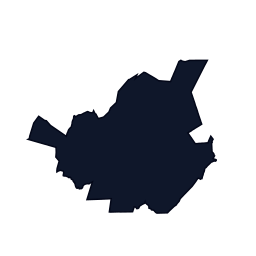 Santo Domingo Zanatepec, Oaxaca, Mexico (orthographic projection), rotated 195°
{"feature_id": "50627088B83008537786296", "entity_name": "Santo Domingo Zanatepec", "entity_type": "district", "adm_level": 2, "iso_a3": "MEX", "parent_name": "Mexico", "parent_adm1": "Oaxaca", "projection": "orthographic", "projection_center": [-94.338, 16.44], "detail": "fine", "context": "isolated", "style": "filled", "palette": "ink", "viewbox_px": 256, "rotation_deg": 195, "n_neighbors": 0, "source": "geoboundaries", "source_scale": "gbopen_adm2", "svg_char_len": 5376}
<svg xmlns="http://www.w3.org/2000/svg" viewBox="0 0 256 256"><g transform="rotate(195 128 128)"><path d="M220.3,108.4L220.6,100.4L220.8,94.8L220.6,92.1L221.6,91.2L192.5,90.7L192.4,90.2L191.8,88.5L191.0,85.8L190.2,81.5L190.2,81.3L190.1,81.2L189.9,81.1L185.9,78.3L186.0,70.6L185.6,68.1L185.3,67.2L183.9,68.7L183.7,68.8L183.1,69.1L182.7,69.5L182.1,69.7L181.6,69.6L181.4,69.6L180.4,69.7L179.5,69.6L179.3,69.4L179.0,69.0L178.6,68.5L178.4,67.0L178.4,66.0L178.3,65.7L178.2,65.2L177.5,65.1L176.1,65.4L175.1,65.5L174.0,65.3L173.0,65.1L172.4,64.8L172.0,64.8L171.9,65.0L171.6,65.4L171.4,65.5L171.1,65.5L170.7,65.3L170.3,64.9L169.9,64.7L169.8,64.4L169.5,63.9L168.9,63.8L167.7,63.5L167.5,63.3L167.4,62.9L167.1,62.4L166.7,62.2L166.3,61.7L165.9,61.6L165.4,61.6L165.3,60.9L164.8,60.5L163.6,58.3L163.2,57.7L162.4,56.9L161.6,56.6L161.4,56.7L161.1,56.9L161.0,57.1L161.1,57.4L160.9,57.7L160.6,57.9L160.4,57.9L160.1,57.6L160.0,57.4L159.9,57.2L159.7,56.9L159.5,56.7L159.3,56.6L159.1,56.8L158.7,57.1L158.3,57.2L157.9,57.1L157.7,57.2L157.3,57.4L156.9,57.8L156.8,58.3L156.6,58.6L156.5,59.1L156.6,59.8L156.4,60.5L156.3,61.0L156.1,61.3L155.6,62.0L155.0,62.5L154.4,63.0L153.5,63.4L152.7,63.8L152.2,63.8L151.5,63.9L151.1,64.1L150.8,64.3L150.5,64.7L150.3,65.0L150.0,65.4L149.7,65.7L149.5,65.9L149.0,66.2L148.7,66.3L148.6,66.5L148.4,66.7L149.1,48.2L135.7,52.3L125.9,55.4L124.3,42.1L123.1,42.3L115.1,44.7L113.6,45.0L101.9,48.3L101.6,53.5L101.2,53.5L100.9,53.5L100.5,53.5L100.3,53.5L100.1,53.5L99.9,53.4L99.7,53.3L99.5,53.1L99.3,53.0L99.1,52.8L99.0,52.7L98.9,52.5L98.7,52.4L98.6,52.5L98.3,52.6L98.1,52.7L97.8,52.7L97.7,52.7L97.4,53.0L96.8,53.8L96.8,54.3L96.8,54.9L96.6,55.4L96.5,55.7L95.8,56.4L95.6,56.7L95.3,57.0L95.0,57.3L94.8,57.6L94.5,57.9L94.2,58.1L93.7,58.6L93.2,59.0L92.8,59.3L92.5,59.8L92.5,60.0L92.5,60.3L92.4,61.0L92.1,60.4L91.9,60.2L91.5,60.0L91.3,59.9L91.0,59.8L90.7,59.7L90.4,59.5L90.1,59.3L89.9,59.2L89.6,59.1L89.0,58.9L88.7,58.7L88.4,58.6L88.2,58.3L88.0,58.1L87.6,57.8L87.5,57.6L87.3,57.1L87.3,56.8L87.0,56.2L86.9,55.9L86.5,55.9L86.4,56.0L86.1,56.0L85.4,56.0L85.0,55.8L84.8,55.7L84.6,55.5L84.4,55.2L84.1,55.0L83.7,55.0L83.4,55.1L83.2,55.1L82.9,55.2L82.7,55.2L82.3,55.2L82.1,55.3L81.5,55.1L80.8,54.5L80.4,54.3L79.8,53.9L79.4,53.7L79.0,53.5L78.0,53.3L67.9,56.3L66.6,58.7L63.2,64.2L61.4,66.3L61.2,67.4L59.7,70.4L59.3,73.2L57.1,77.3L52.7,85.2L51.0,88.2L49.6,91.7L48.4,94.8L48.3,95.3L47.5,97.5L46.8,97.7L46.2,97.7L45.8,97.6L45.2,97.4L44.7,97.3L44.3,97.9L43.5,98.2L43.5,99.5L43.6,100.1L43.5,100.9L43.4,102.0L43.4,102.5L43.5,103.4L43.5,103.7L43.4,104.4L43.3,104.9L43.2,105.8L43.2,106.4L43.2,106.9L43.3,108.0L43.4,108.5L43.3,108.8L43.3,109.0L43.2,109.1L43.0,109.4L42.8,109.6L42.6,109.8L42.5,110.1L42.4,110.1L42.2,110.5L41.7,111.6L41.5,112.1L40.7,113.3L39.8,114.8L39.6,115.2L38.8,116.5L38.3,117.0L38.2,117.0L37.9,117.1L37.6,117.4L36.8,118.1L35.9,118.6L35.2,118.5L34.4,119.3L34.4,119.5L34.7,120.2L38.0,120.4L37.2,123.4L37.6,123.4L38.2,125.0L38.6,125.3L39.0,125.7L39.4,126.0L40.7,126.8L40.8,127.1L41.5,129.4L41.8,130.1L42.0,130.9L43.0,134.0L43.2,134.8L43.2,135.1L43.0,135.7L43.0,136.1L43.6,136.2L43.4,137.2L43.3,137.7L42.9,139.2L44.2,140.2L45.9,141.5L46.0,140.8L46.0,140.7L46.2,139.9L46.2,139.7L46.5,138.0L46.6,137.0L46.7,136.4L46.9,134.4L48.4,133.9L48.6,133.8L50.0,133.3L50.2,133.2L51.9,132.6L52.2,132.6L54.3,131.8L54.8,131.7L55.7,131.4L57.4,130.7L57.9,130.6L58.9,130.2L60.1,131.2L60.7,131.7L64.7,135.2L64.9,135.3L65.0,135.4L69.0,138.8L66.2,141.6L65.2,143.0L64.1,144.0L63.3,145.0L60.1,148.3L57.8,150.8L58.3,151.5L58.7,152.1L58.8,152.2L59.3,152.9L59.7,153.6L62.8,158.2L64.4,160.7L64.8,161.2L65.0,161.7L65.9,163.1L66.1,163.4L67.3,165.2L67.8,165.9L68.9,167.4L69.8,169.0L71.2,171.1L71.8,172.0L74.3,175.8L76.4,178.9L75.1,185.2L70.2,208.4L69.6,210.8L68.9,213.9L86.1,209.2L89.9,206.8L92.4,206.6L94.4,206.9L94.5,207.0L96.0,205.4L97.4,194.4L97.5,194.0L97.6,193.3L97.6,193.1L97.7,192.9L97.7,192.3L97.8,192.1L97.9,191.0L98.0,190.6L98.0,190.2L98.3,188.1L98.4,187.9L98.5,187.4L98.5,187.2L98.5,186.9L98.6,186.0L98.8,184.6L99.0,183.8L107.4,182.2L110.6,181.6L112.6,182.2L113.0,182.4L114.0,182.7L116.7,183.5L117.3,183.6L117.8,183.8L119.7,184.3L121.0,184.6L122.2,185.0L122.3,185.0L125.4,185.9L127.1,185.9L133.6,177.7L133.1,181.7L139.2,175.1L139.9,174.9L146.7,160.8L145.8,149.6L150.0,142.8L150.3,140.3L150.6,138.4L152.2,135.8L152.4,135.6L153.0,134.4L153.6,133.5L153.8,133.2L154.4,132.2L159.1,129.4L162.2,132.6L162.4,133.0L162.7,133.0L163.1,133.2L163.5,133.4L163.9,133.7L164.2,134.0L164.4,134.3L164.6,134.5L165.7,135.8L165.8,135.1L165.8,134.8L165.9,134.4L165.9,133.8L166.1,133.6L166.5,133.4L166.9,133.3L167.5,133.2L168.2,133.1L169.0,133.1L169.3,133.1L169.9,133.2L170.7,133.4L171.3,133.4L172.0,132.9L172.6,132.4L172.9,132.1L173.2,131.9L173.6,131.5L174.1,131.1L174.7,130.7L175.1,130.2L175.7,129.7L175.9,129.4L176.6,128.9L177.2,128.5L177.8,128.3L178.5,128.1L179.3,127.7L179.8,127.0L180.2,126.6L180.6,126.2L181.0,125.8L181.5,125.2L182.0,125.6L182.6,125.9L183.0,126.0L183.2,125.8L183.4,125.3L183.3,124.6L183.1,123.7L183.0,123.0L183.1,122.4L183.1,122.0L183.3,121.4L183.4,120.4L183.4,119.4L183.3,118.6L183.1,117.7L183.1,116.0L183.1,114.5L183.4,113.7L184.0,112.9L184.3,112.2L184.6,111.6L184.8,111.1L184.9,110.6L185.1,109.1L185.0,108.4L185.4,107.2L185.4,106.4L185.4,105.8L185.4,105.2L185.4,104.9L185.5,104.0L203.6,110.4L208.8,113.9L210.5,113.7L217.3,116.2L220.3,108.4Z" fill="#0f172a" stroke="#020617" stroke-width="1.5"/></g></svg>